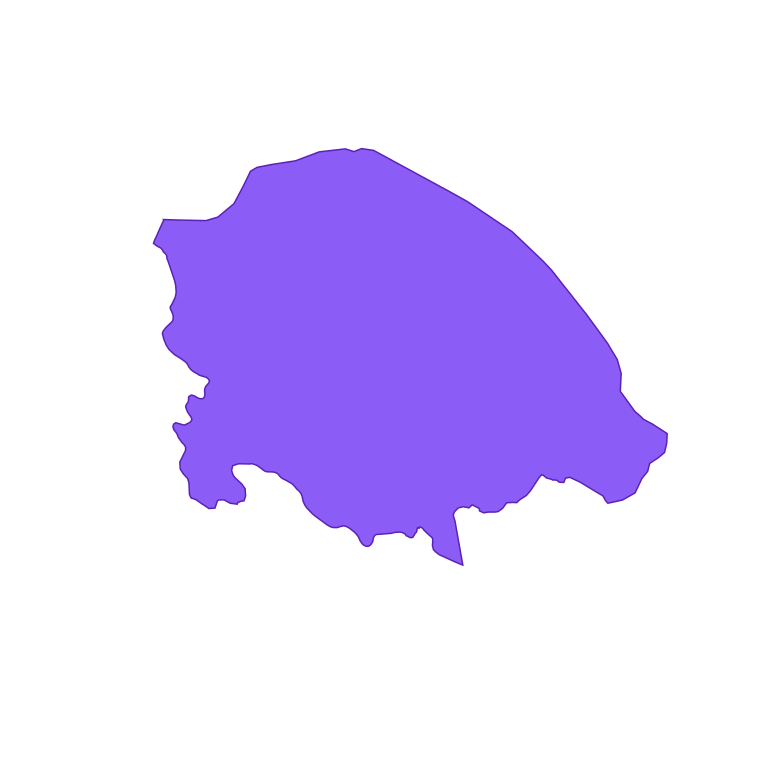 outline of Lamandau, Kalimantan Tengah, Indonesia, rotated 302°
{"feature_id": "22746128B62127435888540", "entity_name": "Lamandau", "entity_type": "district", "adm_level": 2, "iso_a3": "IDN", "parent_name": "Indonesia", "parent_adm1": "Kalimantan Tengah", "projection": "equal_earth", "projection_center": [111.153, -1.823], "detail": "fine", "context": "isolated", "style": "filled", "palette": "violet", "viewbox_px": 768, "rotation_deg": 302, "n_neighbors": 0, "source": "geoboundaries", "source_scale": "gbopen_adm2", "svg_char_len": 5319}
<svg xmlns="http://www.w3.org/2000/svg" viewBox="0 0 768 768"><g transform="rotate(302 384 384)"><path d="M272.2,546.8L288.9,531.7L305.4,516.8L309.2,512.5L311.3,511.6L313.7,511.6L318.3,512.7L322.0,516.3L324.0,521.7L328.2,522.8L328.3,522.8L328.3,523.1L328.9,530.9L327.0,532.2L327.6,536.9L330.5,540.1L334.3,546.1L336.3,548.4L341.5,550.5L348.3,551.0L351.8,556.0L353.7,559.4L357.6,560.4L364.9,563.8L370.7,564.7L372.4,564.8L375.8,564.9L386.8,565.1L390.7,565.8L390.9,568.2L390.4,571.5L391.9,576.5L392.0,578.1L393.0,579.4L394.2,582.3L393.5,583.7L393.9,585.3L395.8,588.7L400.2,587.8L403.3,590.9L404.7,602.5L404.9,619.4L405.0,625.2L405.1,626.5L405.1,629.0L402.7,633.3L401.5,636.7L402.2,637.8L408.8,644.5L412.1,647.8L424.7,654.6L434.5,653.5L440.2,652.8L440.3,652.8L440.6,652.8L449.6,653.9L457.5,651.4L463.1,654.0L466.8,655.7L474.6,658.2L483.7,655.1L492.0,650.4L492.3,632.5L491.9,628.2L491.6,622.7L492.6,618.4L493.7,611.2L503.0,588.3L518.7,579.5L528.4,568.8L531.9,561.9L534.5,556.7L536.8,552.4L542.9,537.3L550.4,518.6L554.7,506.4L556.1,502.8L556.2,502.3L559.2,494.1L563.3,482.4L569.3,465.9L571.3,458.3L572.4,454.2L578.9,422.7L581.1,411.8L581.8,390.5L582.6,367.7L582.9,358.1L581.9,337.7L576.6,251.3L571.7,240.2L565.2,235.4L562.9,226.6L551.2,211.9L546.6,206.1L526.3,190.6L510.8,172.6L500.5,161.6L493.7,158.0L489.5,158.5L477.4,159.8L457.4,161.2L437.4,154.6L428.2,146.4L413.6,121.9L406.6,109.8L406.2,110.4L401.9,110.9L393.6,112.0L390.1,112.6L384.4,113.2L381.1,114.0L380.7,118.3L381.0,122.6L380.6,124.3L379.1,127.0L378.7,129.3L378.1,131.1L377.0,132.3L375.1,133.7L374.5,134.8L372.0,137.9L366.8,144.2L361.0,151.3L359.3,153.0L358.0,154.4L355.6,156.3L351.4,159.3L347.0,161.0L341.5,161.6L339.1,161.9L336.3,161.8L334.6,162.9L333.1,165.3L331.7,167.3L330.3,168.9L327.3,170.8L325.6,171.3L324.2,171.0L322.7,170.8L320.3,170.1L316.1,169.1L312.0,168.7L309.5,169.2L305.6,173.2L301.7,178.5L299.4,183.3L297.9,190.8L297.9,198.4L297.4,204.9L296.3,207.5L295.0,209.5L293.9,212.6L293.5,215.9L293.7,220.2L293.6,222.7L294.2,225.1L294.7,226.8L295.5,229.9L295.1,232.7L293.7,234.7L291.1,234.7L287.4,234.1L284.9,234.6L282.7,235.7L281.2,237.0L279.7,237.9L277.4,238.6L275.7,238.2L274.5,236.6L273.5,233.9L273.5,230.3L272.8,226.9L271.7,225.9L269.5,225.1L268.1,226.0L265.1,227.5L263.0,227.3L261.3,227.3L259.6,227.9L258.1,229.6L256.2,232.2L254.7,235.4L253.7,237.9L251.9,240.0L250.5,240.0L248.5,239.7L244.9,237.5L243.3,236.4L242.6,234.1L240.8,227.9L238.5,226.9L236.3,227.4L234.0,229.7L232.3,234.4L229.6,238.1L227.1,244.3L226.8,246.3L225.3,249.2L222.5,250.9L209.6,252.2L207.2,253.9L203.9,256.3L201.6,261.1L201.5,261.3L201.4,261.6L200.5,264.9L199.8,267.6L198.6,268.9L197.6,270.0L196.5,271.2L193.4,273.3L191.2,274.8L190.9,275.0L189.2,276.2L188.9,276.4L187.2,277.6L186.3,278.9L186.0,279.4L185.1,280.8L186.3,285.5L186.1,288.9L185.9,292.5L185.8,298.1L185.7,299.9L185.6,301.5L189.2,306.4L193.9,305.3L196.4,304.7L196.8,304.6L198.5,305.8L201.0,309.9L201.0,310.0L201.1,312.2L201.1,312.4L201.2,313.5L201.4,316.8L201.9,317.9L204.3,323.2L205.2,323.0L205.8,322.8L207.3,323.8L208.1,324.3L208.4,324.5L210.8,327.2L215.8,325.9L216.4,325.5L218.0,324.3L219.3,323.3L221.0,322.2L221.6,321.7L222.3,320.1L222.4,319.9L222.5,319.5L223.7,316.7L223.9,316.0L225.6,307.2L226.1,306.2L226.5,305.0L226.7,304.7L226.8,304.4L227.0,304.1L227.7,303.3L228.5,302.2L229.0,301.7L229.5,301.1L229.8,300.6L231.9,299.9L233.0,299.5L234.6,298.9L235.6,299.9L238.4,302.2L239.3,302.9L239.5,303.4L240.3,304.6L241.3,306.3L243.6,310.1L244.1,311.0L244.7,312.0L245.0,312.4L245.8,313.5L246.1,313.8L246.4,314.2L247.0,316.2L247.6,319.0L247.6,321.3L247.4,323.6L247.2,325.7L247.0,327.7L247.0,329.1L247.4,331.0L248.8,333.4L250.6,336.5L251.3,338.6L251.6,340.4L251.6,340.9L251.4,342.1L250.8,343.7L250.2,345.9L250.1,346.8L250.0,347.9L250.2,349.8L250.4,351.9L250.7,358.9L250.2,361.0L249.9,362.1L249.7,362.8L249.6,363.2L249.4,363.6L248.7,365.7L248.1,369.1L247.0,371.8L245.4,374.0L243.5,375.8L242.2,377.2L242.0,377.3L241.9,377.4L241.7,377.6L239.5,380.8L239.4,381.0L238.0,384.2L236.0,392.0L235.8,394.0L235.7,394.2L235.5,395.9L235.4,397.2L235.2,399.4L235.1,400.8L235.0,402.1L235.0,402.7L234.4,410.3L234.6,414.5L235.5,417.3L237.5,420.5L240.1,422.6L241.3,423.9L242.4,424.9L242.5,425.2L242.8,426.4L242.9,426.7L243.3,428.1L243.4,431.4L243.2,433.2L242.6,438.1L241.7,440.9L241.6,441.2L241.1,442.7L240.6,443.6L240.0,444.4L239.1,445.8L238.5,446.8L238.4,446.8L238.3,447.0L237.9,447.9L237.3,449.1L236.8,451.0L236.6,451.7L236.6,451.8L236.7,452.7L236.7,454.2L236.8,454.3L237.0,454.7L237.6,456.2L238.7,457.2L239.6,457.5L240.9,457.9L241.1,458.0L243.0,458.0L245.0,457.8L245.6,457.5L246.8,457.0L247.8,456.6L248.5,456.5L250.3,456.4L250.8,456.4L251.2,456.6L252.4,457.4L253.1,458.3L254.0,459.6L254.3,460.0L256.9,463.5L260.9,468.9L261.8,469.8L263.8,471.8L264.6,472.7L266.8,475.9L267.7,477.9L268.0,481.4L267.1,483.2L267.5,485.3L267.4,487.0L268.3,488.8L269.3,489.7L271.7,489.7L273.0,489.6L275.1,489.9L276.9,489.7L278.0,489.2L278.9,488.7L279.8,488.6L280.2,490.2L281.4,489.8L281.9,490.6L282.1,492.3L282.0,493.7L281.3,495.0L280.9,497.1L280.5,498.6L279.1,506.5L278.1,507.6L274.8,509.6L273.2,510.4L272.5,510.8L272.4,510.9L269.9,513.6L269.6,513.8L269.6,514.0L269.4,515.0L269.3,515.5L269.1,516.3L269.1,516.5L268.9,517.4L268.8,518.3L268.8,519.0L268.7,519.6L268.5,521.3L270.7,538.0L272.1,546.4L272.2,546.8Z" fill="#8b5cf6" stroke="#5b21b6" stroke-width="1.5"/></g></svg>